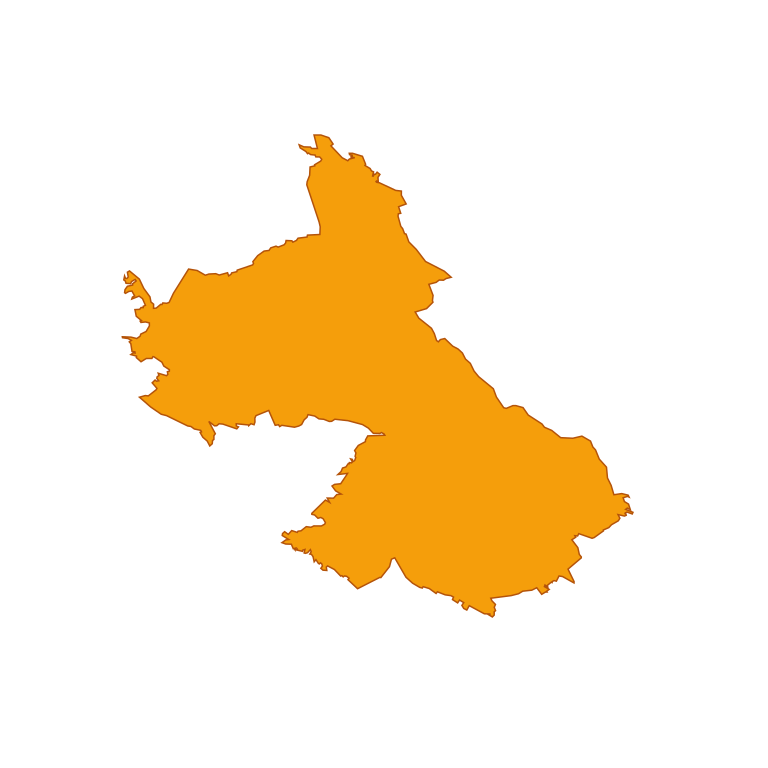 Husnicioara, Mehedinti, Romania (Robinson projection), rotated 27°
{"feature_id": "2599482B73599404169892", "entity_name": "Husnicioara", "entity_type": "district", "adm_level": 2, "iso_a3": "ROU", "parent_name": "Romania", "parent_adm1": "Mehedinti", "projection": "robinson", "projection_center": [22.847, 44.668], "detail": "fine", "context": "isolated", "style": "filled", "palette": "amber", "viewbox_px": 768, "rotation_deg": 27, "n_neighbors": 0, "source": "geoboundaries", "source_scale": "gbopen_adm2", "svg_char_len": 6170}
<svg xmlns="http://www.w3.org/2000/svg" viewBox="0 0 768 768"><g transform="rotate(27 384 384)"><path d="M655.1,396.5L651.8,394.1L658.2,392.5L659.3,391.2L657.0,389.5L658.2,389.7L657.6,389.1L658.7,387.8L664.2,387.1L664.1,385.3L656.2,386.0L657.1,384.1L660.4,384.0L656.4,380.0L651.6,379.6L648.7,376.8L652.0,373.6L653.7,373.5L652.0,372.2L645.6,373.7L639.1,378.3L632.4,371.2L625.8,366.3L620.0,357.1L609.9,353.2L602.4,346.7L598.7,345.3L593.9,341.1L584.0,340.6L576.9,346.6L565.8,351.6L554.5,349.2L546.6,349.7L542.9,347.9L526.6,346.2L518.6,341.9L511.3,343.4L508.7,344.7L504.0,350.2L501.4,350.8L490.1,344.6L483.6,338.6L465.0,334.5L458.4,331.6L451.5,326.4L445.3,324.8L439.8,320.8L434.2,319.2L428.0,319.1L417.5,315.9L414.0,318.9L413.3,321.7L411.1,321.4L405.9,316.2L401.0,312.8L385.1,309.5L379.1,305.7L387.7,297.5L390.5,288.9L389.3,287.7L387.5,282.8L378.7,274.8L384.3,269.8L386.0,266.3L389.9,264.5L391.4,261.9L395.4,258.4L386.5,256.1L365.4,256.0L351.6,249.4L341.6,246.1L335.6,240.4L334.0,240.7L330.1,237.1L327.4,235.9L320.3,228.1L319.5,225.8L321.4,224.3L316.5,219.4L322.0,213.5L313.8,208.0L311.9,204.2L306.5,206.2L288.5,206.8L285.9,207.6L285.0,207.3L285.2,206.5L287.0,206.3L284.8,202.6L285.2,199.1L281.7,198.4L281.2,201.0L280.2,201.4L280.0,203.8L279.4,203.9L278.4,199.7L276.1,199.8L273.8,198.3L267.8,197.9L267.9,196.6L261.4,190.9L251.3,192.7L248.3,194.2L249.2,195.3L251.8,194.6L252.4,195.6L251.3,196.2L251.6,196.8L255.2,195.6L251.0,199.3L250.4,201.5L244.0,201.4L228.6,195.9L229.7,193.3L223.1,189.6L214.7,190.8L208.6,193.9L217.8,204.4L212.6,207.0L210.9,206.3L204.9,209.1L199.8,209.4L202.2,211.7L208.9,212.3L211.3,213.5L211.9,212.5L214.5,212.9L218.7,211.3L220.1,212.6L223.6,210.9L226.5,212.0L226.4,214.1L222.6,220.2L223.3,221.0L219.6,224.2L223.0,231.8L223.7,238.7L224.8,241.6L252.7,269.2L255.8,272.9L259.0,279.9L248.2,286.1L248.7,288.0L241.2,293.1L240.8,295.8L238.4,299.0L236.9,298.2L231.6,300.6L232.3,303.0L231.8,305.3L227.5,310.1L225.2,310.2L221.3,314.1L220.9,317.2L216.8,320.0L213.2,326.9L211.6,334.5L213.0,335.8L212.9,337.5L201.5,349.2L201.9,350.7L197.8,354.2L197.9,355.7L196.5,358.2L194.1,355.9L187.7,361.7L184.0,362.1L178.1,365.5L175.4,368.2L166.0,367.7L157.7,370.3L155.2,398.7L155.5,408.9L153.8,410.7L150.1,412.2L150.1,414.0L148.9,414.4L146.6,419.8L144.3,421.2L142.5,417.5L139.1,416.7L135.9,412.6L126.6,407.9L118.4,401.6L105.9,398.8L104.6,400.9L107.5,404.7L107.1,406.6L105.8,407.3L103.8,405.5L104.9,409.4L106.8,409.7L108.4,411.4L112.7,409.6L112.5,407.4L114.8,403.8L116.4,404.7L114.5,408.9L115.1,410.0L111.0,413.4L110.4,417.5L111.4,420.4L112.5,420.6L114.6,417.4L117.2,415.6L121.8,418.7L120.4,420.8L120.7,422.8L125.9,416.9L130.1,417.6L135.7,422.2L134.2,424.1L134.8,425.2L132.8,426.2L132.4,428.4L128.3,430.8L132.5,436.1L139.1,437.6L138.2,438.7L139.5,439.5L143.3,437.0L147.2,436.1L148.6,438.8L148.2,445.2L144.6,450.0L145.0,452.1L143.1,455.7L137.3,457.1L129.4,460.7L130.0,461.5L135.3,459.7L139.1,459.8L137.9,462.1L140.1,463.0L144.7,469.4L147.4,468.4L148.2,469.4L146.4,470.1L145.1,472.7L150.9,471.5L151.3,472.9L157.4,474.5L160.6,469.2L165.6,466.6L165.7,464.5L166.7,464.2L176.2,465.4L179.7,468.0L186.3,468.7L186.9,470.0L185.4,471.4L187.0,473.5L186.5,475.3L177.9,476.9L179.6,478.6L178.6,480.6L179.0,482.1L181.8,483.4L180.1,484.8L178.2,484.4L176.9,488.2L183.7,491.0L183.6,492.6L179.4,501.6L176.5,502.7L172.1,506.8L186.5,510.4L199.2,512.1L204.6,510.9L228.1,510.5L231.3,509.5L235.4,510.2L241.7,508.5L243.1,509.5L242.1,510.6L244.0,511.9L246.8,513.7L252.4,515.1L256.9,518.3L258.1,515.2L256.9,512.2L257.6,510.6L255.9,507.3L256.3,504.9L244.9,496.9L252.0,498.2L253.9,497.1L255.1,494.3L258.6,492.9L273.2,490.8L273.8,488.3L271.4,488.4L270.4,486.5L281.9,482.0L282.4,482.6L283.4,479.8L286.7,479.3L286.3,476.5L284.4,473.0L284.3,470.3L293.3,459.9L305.8,470.2L308.5,468.2L310.4,469.3L311.7,467.2L323.9,463.1L327.2,460.1L329.0,457.5L329.1,452.2L330.5,448.6L330.2,445.8L336.8,444.0L341.9,444.6L346.3,442.8L352.3,442.2L354.3,441.0L356.2,437.7L368.6,433.0L383.2,429.9L390.1,430.4L396.9,432.8L402.8,429.9L403.8,428.4L406.8,428.5L408.0,429.3L393.1,437.6L392.9,442.2L393.6,443.8L389.0,450.4L388.0,456.6L390.3,458.2L391.1,461.6L392.2,462.3L392.6,465.4L391.9,466.8L390.7,466.8L390.1,465.5L388.3,465.9L391.2,467.8L390.9,469.0L388.9,469.7L389.2,470.8L388.3,471.0L387.7,475.2L385.2,477.7L385.5,481.5L384.0,485.6L392.1,480.2L392.0,481.9L390.7,492.5L385.5,495.9L384.0,498.5L389.4,501.2L395.9,501.5L392.1,504.0L390.9,508.6L385.2,511.4L389.3,514.2L384.5,514.0L378.4,532.0L378.9,532.9L381.6,532.2L386.1,533.6L388.3,531.6L391.0,531.7L394.7,534.1L394.8,535.8L392.7,538.9L385.9,542.3L384.0,544.8L379.5,546.4L376.7,552.5L374.2,554.2L374.1,555.6L368.3,556.5L367.0,561.4L362.5,560.7L361.5,563.3L362.1,565.2L369.7,565.8L367.3,567.5L365.1,571.7L369.1,571.2L374.2,568.8L378.0,572.0L379.8,570.3L379.8,572.2L380.5,572.0L380.5,570.4L381.1,571.8L381.5,570.4L382.6,571.3L387.3,570.1L387.1,568.8L388.7,567.3L389.5,570.8L390.8,570.6L392.5,569.0L393.6,565.0L395.3,566.6L395.1,569.2L396.6,568.7L399.1,570.0L402.5,574.1L403.1,571.4L407.1,573.7L408.2,573.6L408.5,572.2L410.1,572.4L411.8,574.2L411.4,576.9L414.1,577.6L417.7,576.1L415.7,573.3L416.3,571.7L424.0,571.8L432.6,574.8L433.5,573.9L435.2,574.4L435.9,573.0L438.0,572.3L441.0,572.9L440.7,574.7L453.4,578.4L468.0,558.3L469.1,557.9L471.8,544.3L470.2,536.7L472.5,534.0L491.3,546.2L499.9,548.5L508.2,549.0L510.8,548.4L510.9,546.8L517.2,545.7L525.5,547.0L525.9,544.9L534.2,544.1L539.7,542.2L542.7,542.3L542.9,545.0L549.0,545.6L549.4,542.2L554.3,542.6L553.9,545.9L557.0,547.8L560.4,547.8L560.6,542.8L577.7,543.2L583.3,540.6L582.1,542.1L586.3,542.4L587.1,539.9L585.6,536.9L586.3,535.3L583.6,532.9L583.4,529.8L578.7,528.2L576.4,526.4L593.4,514.8L599.1,509.8L601.7,505.6L609.3,500.6L612.6,496.2L620.0,499.8L622.3,496.1L623.7,495.3L623.0,494.9L624.4,492.0L618.9,491.7L618.7,490.0L622.2,490.7L621.0,489.2L623.1,484.5L623.9,484.6L623.7,483.5L624.7,482.0L627.1,481.4L627.1,475.6L630.5,474.5L643.6,475.0L643.1,473.8L632.0,465.4L638.7,449.4L638.3,448.5L635.4,447.2L631.0,441.8L622.1,437.5L624.4,433.5L622.9,432.5L625.5,431.5L625.5,428.9L639.4,427.0L641.0,425.4L646.2,415.3L645.7,414.5L649.5,409.9L650.6,406.1L654.9,399.5L655.1,396.5Z" fill="#f59e0b" stroke="#b45309" stroke-width="1.5"/></g></svg>